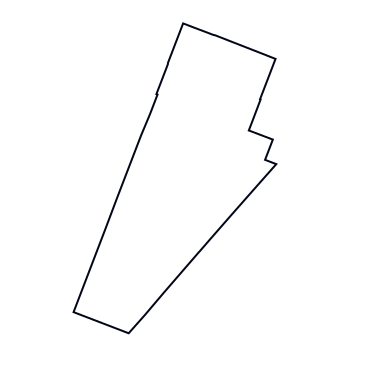 outline of Pima, Arizona, United States of America, rotated 291°
{"feature_id": "52423323B72402136661240", "entity_name": "Pima", "entity_type": "district", "adm_level": 2, "iso_a3": "USA", "parent_name": "United States of America", "parent_adm1": "Arizona", "projection": "mercator", "projection_center": [-111.635, 31.97], "detail": "fine", "context": "isolated", "style": "outline", "palette": "ink", "viewbox_px": 384, "rotation_deg": 291, "n_neighbors": 0, "source": "geoboundaries", "source_scale": "gbopen_adm2", "svg_char_len": 604}
<svg xmlns="http://www.w3.org/2000/svg" viewBox="0 0 384 384"><g transform="rotate(291 192 192)"><path d="M37.4,124.5L37.4,183.5L49.9,188.2L59.7,191.9L87.4,201.6L137.5,219.7L140.0,220.7L141.2,221.1L153.9,225.7L182.5,236.2L220.7,250.4L227.4,252.9L248.2,260.7L248.2,248.7L269.9,248.7L269.8,223.0L281.2,223.0L302.9,222.9L302.9,222.3L346.2,222.3L346.6,156.8L346.3,156.3L346.2,134.3L346.2,123.3L326.5,123.3L310.4,123.3L304.0,123.3L302.6,123.7L270.6,123.7L270.6,124.9L249.8,124.9L226.4,124.2L202.5,124.2L202.3,124.2L158.5,124.2L127.0,124.4L37.4,124.5Z" fill="none" stroke="#020617" stroke-width="2"/></g></svg>